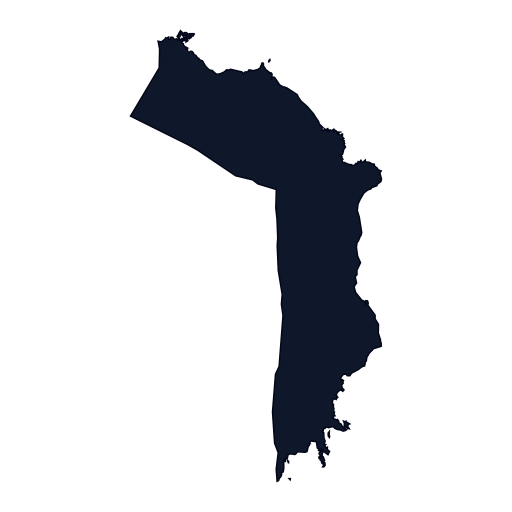 the district of Oriental Mindoro, Mindoro Oriental, Philippines
{"feature_id": "2640588B63893974857560", "entity_name": "Oriental Mindoro", "entity_type": "district", "adm_level": 2, "iso_a3": "PHL", "parent_name": "Philippines", "parent_adm1": "Mindoro Oriental", "projection": "albers", "projection_center": [121.29, 12.869], "detail": "fine", "context": "isolated", "style": "filled", "palette": "ink", "viewbox_px": 512, "rotation_deg": 0, "n_neighbors": 0, "source": "geoboundaries", "source_scale": "gbopen_adm2", "svg_char_len": 5969}
<svg xmlns="http://www.w3.org/2000/svg" viewBox="0 0 512 512"><path d="M277.1,481.3L278.6,480.5L279.3,478.4L280.8,476.7L281.7,474.6L281.3,473.0L283.2,471.9L283.8,468.3L283.7,461.6L284.6,459.9L285.1,460.3L285.0,461.0L285.5,462.1L285.1,458.6L285.5,458.2L286.9,459.2L286.7,458.3L287.4,458.1L287.9,455.0L290.1,453.8L294.9,454.5L296.3,453.4L296.6,452.5L298.4,451.8L305.0,452.3L307.0,451.6L308.2,446.5L309.2,445.3L309.9,445.3L308.9,445.0L309.6,443.4L310.1,443.5L309.7,442.5L310.8,441.0L316.4,441.7L317.3,448.0L319.1,449.4L318.6,450.5L321.0,450.8L321.6,449.1L322.3,450.3L323.1,450.5L322.3,451.5L322.8,452.0L322.6,452.2L321.7,451.3L320.0,451.9L319.3,452.9L319.0,453.7L320.2,455.0L319.9,455.9L321.3,456.2L322.0,455.4L322.7,452.3L323.6,451.4L328.0,454.7L329.6,451.3L327.3,449.5L327.4,447.2L326.0,447.7L325.3,447.0L324.9,445.7L325.6,444.8L324.6,444.8L324.4,444.5L325.1,441.0L324.0,438.1L323.7,432.6L322.6,432.3L323.0,431.8L322.5,431.4L323.3,430.4L323.8,428.5L325.3,428.1L326.2,426.9L328.7,427.7L332.1,426.7L334.0,427.2L334.8,428.4L337.5,429.5L340.3,429.9L343.0,431.1L345.3,430.6L346.6,429.7L344.2,427.6L342.9,427.2L340.7,423.7L338.9,423.2L338.6,420.9L337.4,419.5L336.4,419.8L333.7,418.7L333.3,417.1L333.6,416.1L335.0,415.8L334.1,414.2L334.0,412.3L334.4,412.4L334.5,412.2L334.0,411.9L333.6,409.5L334.0,408.4L333.3,407.2L333.5,404.6L332.6,404.0L332.4,400.5L334.3,398.7L336.2,399.5L336.7,398.1L337.5,397.7L337.8,397.2L337.0,396.6L336.3,394.3L337.8,391.9L339.6,390.4L341.0,390.0L342.8,391.3L344.0,389.9L342.3,388.0L341.6,385.0L343.2,383.2L342.8,382.0L343.5,380.6L342.1,379.6L340.5,380.2L341.1,379.7L340.7,378.7L341.3,376.8L342.9,374.8L344.0,374.3L346.1,374.2L345.9,375.1L346.3,374.4L347.3,375.7L349.9,375.7L351.5,373.2L358.4,369.5L361.5,367.0L364.7,365.8L364.2,364.9L365.0,364.4L365.2,362.1L366.3,361.1L366.8,357.4L369.1,353.4L372.2,350.1L372.9,350.1L372.4,349.9L373.5,348.7L381.3,346.2L381.1,342.6L380.6,342.3L380.5,339.9L378.3,333.0L378.5,324.4L375.1,318.9L375.1,315.1L367.9,305.3L368.2,303.0L367.5,300.9L366.9,300.4L367.3,300.9L367.1,301.0L365.8,300.7L365.5,303.9L364.2,301.2L361.7,300.1L355.0,291.7L355.4,291.5L354.2,287.5L354.8,285.4L356.6,283.0L355.3,277.4L355.9,275.5L357.0,274.8L356.9,270.4L360.5,262.7L357.6,256.2L356.4,247.1L357.1,242.4L358.3,241.1L360.3,236.2L361.4,235.1L360.6,235.6L359.6,235.5L361.1,235.0L361.7,232.6L359.3,217.2L357.3,210.5L358.0,204.1L360.8,198.0L360.5,197.3L361.1,197.8L363.9,193.0L367.7,190.0L370.9,188.9L371.7,187.6L376.8,185.8L377.2,184.4L380.9,181.5L381.5,179.0L379.9,172.9L381.2,170.9L378.3,169.9L377.2,168.1L374.8,166.3L374.0,164.0L372.8,164.2L369.0,162.2L365.5,162.0L365.3,160.1L363.3,161.9L361.4,162.2L360.5,161.9L361.2,160.7L360.9,160.3L359.9,161.8L359.0,162.1L358.1,161.6L357.4,163.9L356.0,163.3L354.5,165.2L352.0,165.7L351.7,164.7L348.8,164.4L344.1,162.4L342.9,162.8L341.9,159.9L342.9,159.2L340.0,156.2L341.9,156.6L341.1,154.9L342.5,154.3L343.5,150.9L343.1,150.4L345.5,147.0L344.0,144.5L344.1,143.6L344.6,143.5L343.9,141.5L344.3,140.7L341.8,139.4L343.8,138.5L342.4,137.0L342.5,134.0L342.0,133.9L341.1,135.1L339.3,134.8L338.9,134.1L337.6,134.2L337.7,133.4L340.0,132.2L336.7,131.9L336.2,130.9L334.9,130.2L334.2,131.1L333.8,129.2L331.2,130.8L330.4,130.0L329.5,130.0L328.9,131.3L327.1,130.6L328.2,129.9L327.8,128.6L325.6,129.7L324.3,128.7L324.4,129.5L323.6,130.9L323.0,130.1L322.1,130.2L321.7,128.6L322.8,127.4L319.3,124.0L318.6,121.6L314.6,115.7L313.5,115.4L314.1,115.2L314.1,114.5L307.4,106.7L301.2,101.2L298.3,97.2L297.3,94.7L288.1,88.7L288.3,89.1L284.4,86.9L283.5,87.1L279.7,84.9L274.5,77.3L273.0,77.1L272.1,79.3L271.4,79.3L272.1,74.3L271.4,73.0L269.8,72.7L265.7,69.5L263.4,65.7L263.5,63.8L262.9,62.9L262.2,62.9L261.5,64.0L261.5,65.1L260.6,66.2L260.7,67.4L257.8,69.5L253.3,70.7L249.3,69.8L248.4,70.4L248.5,71.8L244.9,72.0L243.4,73.7L241.9,71.9L230.6,69.3L228.5,70.1L227.5,69.8L227.1,70.3L226.4,69.9L224.3,71.9L220.3,73.7L217.8,74.2L216.0,73.9L212.1,70.4L210.4,70.3L208.4,69.1L205.6,66.2L202.5,60.9L200.0,60.0L198.7,58.3L198.1,58.5L195.7,55.2L194.5,55.1L194.1,54.2L193.3,54.1L192.9,53.2L193.3,52.8L192.1,51.5L190.9,51.2L188.7,52.4L188.0,51.9L187.2,48.8L186.2,48.7L186.3,47.7L187.0,47.7L185.9,47.0L185.1,47.3L184.3,45.9L183.7,45.7L183.3,43.7L182.1,43.4L182.2,41.1L185.2,40.4L186.0,40.9L186.0,42.0L187.9,40.7L186.9,39.1L187.3,38.4L189.3,38.8L189.9,37.8L190.5,38.1L191.0,37.5L189.6,37.4L189.5,36.8L193.4,35.8L193.7,34.4L194.3,34.1L194.1,33.7L189.5,33.7L188.4,34.4L186.6,32.7L186.0,33.0L185.2,32.4L183.7,33.1L184.2,35.3L186.9,35.6L187.3,36.5L186.5,36.9L185.8,36.3L186.3,37.4L185.9,37.8L185.2,37.1L184.1,37.2L184.1,36.3L183.7,37.6L184.7,38.5L184.6,39.1L183.2,38.7L183.5,39.6L182.9,39.8L181.9,38.9L181.6,40.5L179.8,40.4L180.7,39.3L179.6,39.3L179.1,37.8L180.6,35.4L178.6,34.2L177.1,36.4L179.0,38.3L178.0,40.2L177.4,40.1L176.9,38.7L174.8,39.5L173.1,38.3L173.1,37.6L172.0,37.2L170.3,37.3L170.2,39.2L168.5,39.6L168.4,37.2L167.0,38.1L165.8,37.7L164.6,39.4L161.4,41.9L158.1,41.2L159.6,49.0L159.2,67.9L130.5,116.1L187.6,144.5L197.7,150.2L235.7,175.8L252.7,179.9L257.9,183.9L276.3,189.5L275.8,208.2L277.0,219.1L277.7,237.9L277.2,245.9L278.3,270.7L282.2,294.4L281.4,304.2L283.0,315.6L279.1,366.4L275.5,374.2L272.5,412.0L274.6,443.2L278.2,452.7L276.2,469.2L277.1,481.3ZM344.8,421.8L343.6,421.2L344.4,423.4L344.2,426.3L346.1,426.9L347.9,428.6L349.3,428.8L347.5,426.1L348.6,424.2L349.6,423.9L346.1,421.8L346.0,421.2L344.8,421.8ZM323.2,456.8L322.1,455.7L321.8,456.8L318.8,457.2L319.3,458.7L320.7,458.9L320.3,459.9L321.6,460.5L321.2,461.1L321.7,462.3L323.2,461.9L324.6,460.4L323.2,456.8ZM180.5,30.7L179.0,33.1L182.1,34.4L183.0,35.9L183.4,34.9L182.6,32.8L180.5,30.7ZM324.1,462.1L322.3,463.6L323.9,464.5L322.7,466.9L324.1,466.7L325.1,465.3L324.9,462.7L324.1,462.1ZM329.3,431.6L328.1,433.1L328.3,436.1L329.3,437.5L329.7,436.4L329.1,434.6L329.3,431.6ZM269.8,59.5L269.1,60.2L268.5,62.4L270.1,60.3L269.8,59.5ZM290.4,478.6L289.1,478.6L290.1,479.8L290.4,478.6ZM288.6,461.2L287.6,460.5L288.6,463.4L288.6,461.2Z" fill="#0f172a" stroke="#020617" stroke-width="1.5"/></svg>